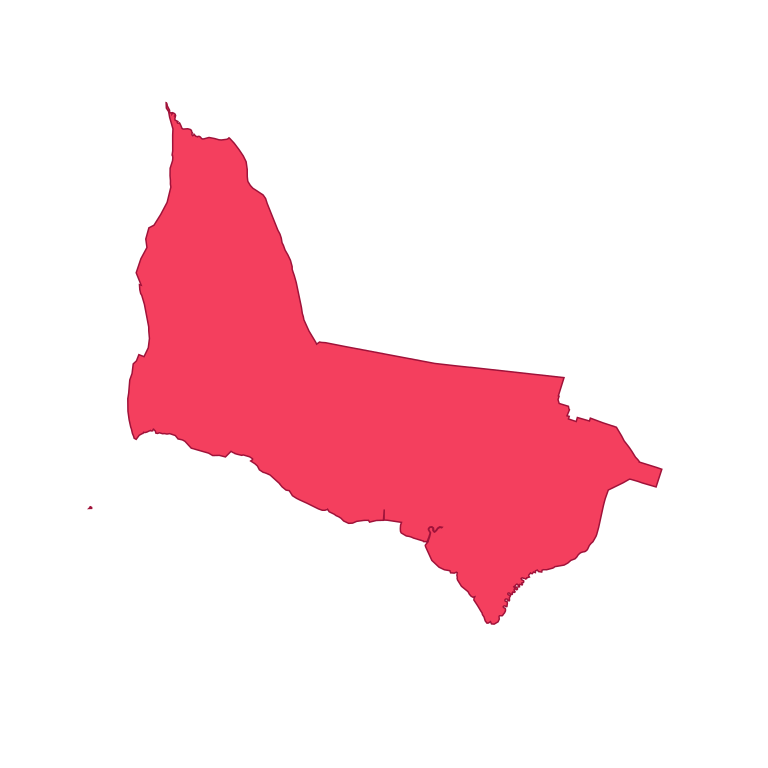 the district of Tanjung Jabung Timur, Jambi, Indonesia, rotated 197°
{"feature_id": "22746128B13468366985120", "entity_name": "Tanjung Jabung Timur", "entity_type": "district", "adm_level": 2, "iso_a3": "IDN", "parent_name": "Indonesia", "parent_adm1": "Jambi", "projection": "orthographic", "projection_center": [103.834, -1.266], "detail": "fine", "context": "isolated", "style": "filled", "palette": "rose", "viewbox_px": 768, "rotation_deg": 197, "n_neighbors": 0, "source": "geoboundaries", "source_scale": "gbopen_adm2", "svg_char_len": 6157}
<svg xmlns="http://www.w3.org/2000/svg" viewBox="0 0 768 768"><g transform="rotate(197 384 384)"><path d="M674.6,589.3L672.8,584.2L669.6,581.5L667.0,576.4L660.4,566.2L658.9,560.3L654.2,545.1L653.6,541.0L653.2,541.0L652.1,538.6L651.5,535.7L651.6,527.8L649.5,520.6L647.7,516.1L646.7,512.7L645.4,510.0L644.5,494.3L647.1,480.8L650.4,468.6L654.5,464.6L654.2,453.0L650.6,445.2L653.1,432.8L653.5,417.9L645.1,407.5L646.9,407.5L645.1,402.8L643.1,399.3L641.6,398.0L636.4,390.1L625.7,369.8L624.5,366.1L621.6,358.9L620.0,349.7L621.5,340.0L627.0,340.4L627.5,333.7L629.7,329.9L628.0,320.4L628.3,313.5L625.5,300.7L624.7,295.0L620.9,283.1L617.3,275.3L613.7,268.9L612.4,267.1L610.1,263.1L608.1,260.7L607.1,259.1L604.8,258.6L603.1,263.4L600.9,265.7L600.0,266.3L599.8,267.5L598.5,267.6L596.7,268.7L593.8,271.3L593.1,271.0L591.5,271.6L591.5,273.5L591.7,273.8L588.8,272.0L587.8,270.3L586.1,270.5L584.5,271.7L581.2,271.7L579.5,272.4L576.9,272.7L574.4,273.9L568.5,273.7L564.8,271.2L564.7,271.3L560.4,271.6L557.6,271.0L549.6,266.3L531.5,266.6L526.9,265.5L520.6,267.6L514.3,267.9L510.6,274.9L508.9,274.4L506.0,274.0L506.0,273.9L503.9,273.9L499.1,274.2L498.0,275.0L491.3,275.1L487.9,274.1L487.8,273.5L487.6,273.2L489.0,271.4L484.1,270.0L481.1,268.6L478.1,265.5L473.7,264.2L472.3,264.3L468.4,264.0L468.4,263.9L466.4,263.7L454.5,258.1L454.5,257.9L451.3,255.8L446.7,253.9L443.4,254.3L438.9,250.4L434.2,249.1L430.7,248.5L423.0,247.5L410.2,245.4L406.2,245.2L403.5,246.0L402.5,246.8L401.5,247.2L401.3,247.7L399.1,245.8L393.5,244.9L391.3,244.1L388.6,243.8L386.0,243.1L382.5,241.2L377.1,240.4L373.3,241.8L369.9,244.7L363.1,247.8L359.0,249.1L357.4,247.7L351.3,251.3L344.7,253.5L347.1,264.1L344.1,253.9L341.0,254.7L326.8,256.8L326.9,253.9L326.1,250.5L325.2,248.0L324.1,246.7L323.5,246.5L318.3,245.2L315.2,245.6L313.0,245.6L310.8,245.3L300.8,245.3L300.5,245.3L300.2,244.9L299.5,244.9L298.7,245.4L297.8,245.4L297.4,245.6L297.1,245.4L296.7,245.7L296.3,250.7L296.3,254.6L296.3,255.2L298.8,257.5L299.2,258.3L298.9,259.6L298.1,260.8L296.4,261.5L294.6,260.8L293.4,257.8L292.6,257.7L291.7,258.5L290.5,261.9L289.0,263.7L286.5,264.0L286.8,263.4L288.6,263.3L290.2,261.6L290.9,259.5L291.8,257.8L292.4,257.1L293.3,257.4L294.6,258.5L294.8,260.0L295.9,260.9L297.1,260.9L298.4,260.1L298.7,258.8L298.7,257.8L296.0,255.3L295.8,252.9L295.7,250.4L295.9,247.4L295.7,246.2L297.4,241.9L296.7,240.6L286.7,229.3L277.8,224.9L272.0,224.0L266.4,224.7L265.1,222.9L261.5,223.7L259.8,225.2L258.8,225.0L258.3,222.2L257.4,220.7L257.3,219.6L256.4,218.1L250.8,213.2L243.0,210.0L241.2,208.3L241.0,208.0L238.6,206.5L236.6,206.1L235.0,207.1L235.2,205.2L234.9,203.7L229.7,199.4L224.4,194.6L223.5,194.0L222.4,192.2L220.3,190.5L217.9,187.0L215.6,185.4L214.2,186.0L212.7,187.9L211.1,186.0L208.4,186.6L205.4,189.9L205.0,192.9L205.9,194.9L206.0,195.7L205.7,196.2L203.3,196.9L202.9,197.4L202.4,199.0L201.8,200.4L201.5,202.5L202.0,204.3L202.5,204.8L203.9,205.1L204.6,205.4L204.9,205.9L204.8,206.3L204.3,206.8L203.5,207.2L202.3,206.8L201.7,206.9L201.4,207.1L201.9,210.4L202.9,212.2L204.2,211.7L204.5,211.8L204.9,212.0L205.2,212.8L205.2,213.3L204.8,213.9L204.0,214.2L202.9,214.2L201.8,213.2L200.9,213.2L200.7,213.7L201.6,216.3L201.2,218.1L201.2,218.6L201.7,219.0L202.7,218.6L203.6,218.8L204.1,219.1L204.3,219.6L204.3,220.1L203.8,220.6L203.3,220.7L202.7,220.7L201.8,220.1L201.1,220.0L200.4,220.0L199.9,220.3L199.8,220.8L200.3,221.5L200.1,222.6L198.6,222.7L198.0,223.2L197.9,223.6L198.2,224.0L198.8,224.1L199.4,225.4L199.5,225.8L199.1,226.5L198.6,226.5L197.4,226.0L196.8,226.1L196.4,226.8L196.7,227.7L197.6,228.4L198.3,228.5L199.2,227.6L199.8,227.6L200.6,228.0L200.4,228.4L199.8,228.9L199.2,230.4L198.8,231.1L198.4,231.5L197.1,231.3L196.5,229.6L196.0,229.3L195.6,229.3L195.1,229.7L195.8,230.9L195.5,232.1L193.5,232.2L193.1,232.3L193.0,232.7L193.9,233.5L194.1,233.9L193.8,234.2L192.7,234.8L192.5,235.5L192.8,236.5L193.0,236.7L194.3,236.8L195.3,237.3L196.0,237.9L195.8,238.5L195.1,239.1L194.0,239.0L192.1,239.2L191.5,238.9L190.7,239.6L190.8,240.4L188.5,241.9L189.5,242.9L189.7,243.7L188.7,246.1L188.0,245.8L186.7,246.0L186.1,247.9L184.1,247.9L184.5,249.6L183.0,250.9L181.3,249.8L178.2,250.3L178.4,252.1L177.3,253.0L174.2,253.9L168.9,257.2L168.0,258.0L167.3,259.2L158.8,263.5L155.8,266.6L153.7,270.0L150.2,272.7L149.1,274.8L148.3,277.5L147.2,279.4L146.3,280.4L144.8,281.5L143.3,282.2L142.4,282.9L141.3,284.6L141.0,285.5L140.4,289.7L139.4,292.1L138.1,294.2L136.7,300.4L136.6,302.3L136.8,309.6L138.6,331.5L138.8,335.6L138.9,339.1L138.5,348.2L126.4,359.5L121.4,364.8L120.0,365.0L112.6,365.1L108.2,364.9L93.7,365.1L93.4,383.7L98.7,383.9L117.0,384.0L117.0,384.3L119.2,385.9L122.2,387.6L127.3,392.1L130.9,395.0L137.7,399.8L141.6,403.8L149.1,410.6L163.4,410.9L176.7,411.7L176.7,408.7L189.3,408.5L189.2,404.3L197.4,404.5L197.4,407.2L199.7,407.1L199.1,413.6L200.0,414.4L201.1,416.6L210.8,416.6L213.0,419.9L213.0,423.5L213.8,423.6L213.7,442.7L305.9,425.3L305.9,425.2L321.0,422.3L341.5,418.5L430.8,408.6L452.1,406.4L455.9,405.5L457.9,405.3L460.1,402.4L461.2,403.7L471.2,412.7L479.4,422.0L480.9,424.9L482.7,427.5L485.3,433.0L497.6,455.4L501.6,461.6L503.8,464.6L505.3,466.8L506.2,469.5L509.6,474.9L513.6,479.3L517.7,483.1L520.7,487.1L522.8,489.3L524.9,493.5L527.3,496.9L530.5,500.1L548.5,522.5L551.4,526.7L554.8,529.4L566.7,532.9L569.9,534.8L573.4,537.9L574.0,539.1L575.4,542.4L577.5,549.1L580.8,556.2L585.2,560.9L591.1,565.7L597.7,570.5L603.2,573.7L604.2,574.1L604.9,572.9L605.8,572.1L610.9,569.8L613.2,569.3L617.8,569.2L623.4,568.6L627.9,565.8L629.0,565.3L630.2,565.4L631.8,566.5L633.2,566.8L634.0,566.5L634.7,565.8L635.1,566.0L636.3,565.8L638.7,567.3L638.7,566.3L639.6,565.5L640.1,565.8L640.8,566.8L640.8,568.3L641.4,568.7L642.4,570.3L643.8,570.8L646.4,570.7L650.5,569.1L651.8,569.3L653.7,571.6L655.6,573.7L655.9,573.9L656.2,573.5L657.3,573.2L657.7,573.2L658.1,573.5L658.3,574.0L657.9,574.8L661.0,575.3L661.6,576.7L661.7,578.8L662.6,579.0L662.4,579.6L661.9,580.0L662.7,581.0L664.0,581.5L665.1,581.6L665.7,580.3L665.9,581.5L667.6,580.8L668.6,581.5L669.1,583.1L672.6,586.7L673.3,588.2L674.3,589.3L674.6,589.3ZM627.2,179.6L627.5,180.5L628.9,180.8L629.2,180.5L629.2,179.8L629.8,178.7L627.2,179.6Z" fill="#f43f5e" stroke="#9f1239" stroke-width="1.5"/></g></svg>